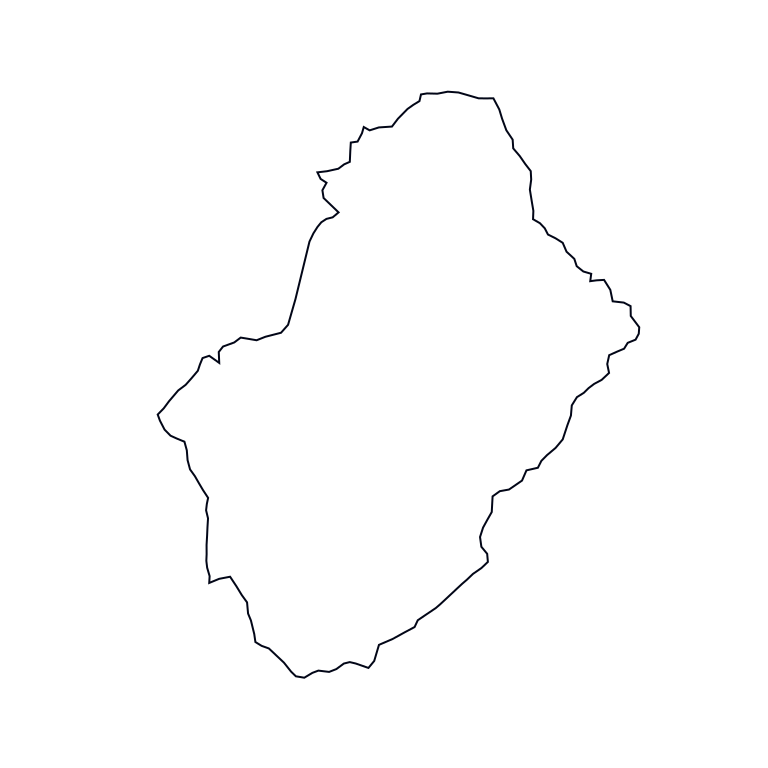 Cristais Paulista, São Paulo, Brazil (Albers equal-area conic projection), rotated 323°
{"feature_id": "56859067B55883287614463", "entity_name": "Cristais Paulista", "entity_type": "district", "adm_level": 2, "iso_a3": "BRA", "parent_name": "Brazil", "parent_adm1": "São Paulo", "projection": "albers", "projection_center": [-47.398, -20.367], "detail": "fine", "context": "isolated", "style": "outline", "palette": "ink", "viewbox_px": 768, "rotation_deg": 323, "n_neighbors": 0, "source": "geoboundaries", "source_scale": "gbopen_adm2", "svg_char_len": 2398}
<svg xmlns="http://www.w3.org/2000/svg" viewBox="0 0 768 768"><g transform="rotate(323 384 384)"><path d="M643.3,221.7L636.7,216.8L631.5,212.8L624.7,203.7L618.9,196.0L610.8,188.9L601.4,184.3L593.2,177.8L587.8,175.0L582.6,179.4L575.4,178.7L568.3,178.5L562.4,179.4L554.9,180.5L545.3,183.2L534.3,176.0L525.2,172.8L522.5,166.6L517.3,170.5L508.8,174.5L502.8,171.2L497.5,177.4L490.4,186.0L484.4,184.6L477.1,184.6L466.6,179.8L458.2,174.9L456.8,182.1L459.2,188.7L451.4,192.2L447.7,199.1L451.0,219.6L443.3,220.0L437.4,217.5L431.3,217.1L425.5,218.5L418.3,221.2L410.2,225.4L364.4,262.9L343.0,279.0L332.6,281.1L317.7,274.9L308.6,272.4L301.8,265.2L297.5,260.7L289.4,260.7L278.0,257.2L271.3,259.0L265.1,268.0L261.4,256.3L254.7,254.1L248.8,257.6L243.3,261.4L233.6,263.6L225.1,265.3L215.8,265.3L201.9,268.4L193.4,270.9L184.9,272.2L183.0,278.4L181.3,288.4L182.4,296.8L185.6,302.7L189.9,310.0L186.6,318.3L181.3,326.6L177.7,335.5L177.5,343.8L176.5,351.8L175.6,359.8L175.0,369.1L170.3,373.2L165.9,377.8L162.6,385.4L156.7,392.3L151.5,398.6L145.4,405.8L139.9,413.2L135.7,418.3L132.2,424.3L129.1,432.5L124.7,437.7L135.1,440.4L145.1,445.3L144.4,456.7L143.4,466.9L143.2,476.0L137.3,485.5L135.4,492.8L129.9,505.6L126.0,512.7L128.7,519.5L132.9,525.9L134.8,537.0L136.4,546.3L136.7,557.8L137.7,564.4L143.6,570.6L153.0,571.6L159.1,573.4L166.9,580.9L174.4,583.0L183.7,583.1L189.3,585.5L193.2,590.2L200.7,601.4L209.5,599.3L223.0,589.3L237.3,592.8L251.3,594.8L262.2,596.5L268.8,593.0L277.2,593.4L290.5,594.1L296.7,593.7L319.3,591.3L326.1,590.6L332.3,590.2L340.8,589.2L351.1,589.6L359.9,588.6L364.2,581.7L363.8,572.6L368.6,564.0L376.7,558.3L384.9,554.6L393.0,551.1L403.1,539.1L412.0,539.3L420.3,543.5L436.1,544.2L445.8,538.7L456.5,543.5L463.4,540.1L471.4,538.9L482.6,538.3L493.4,535.8L505.8,527.2L514.3,521.7L521.1,514.1L530.2,510.6L538.3,511.3L545.0,510.4L552.0,510.4L560.3,511.7L570.4,510.6L574.3,502.4L581.2,496.5L589.9,498.5L597.0,500.3L603.4,497.8L611.6,500.0L617.7,497.2L622.0,492.3L622.0,478.2L627.8,470.2L624.5,463.3L616.4,455.6L621.4,445.0L622.4,433.3L616.1,429.1L610.6,426.0L615.8,420.7L610.9,414.1L608.8,405.9L611.3,398.6L609.4,388.2L611.7,378.8L608.7,370.9L604.9,363.3L606.1,356.4L605.3,349.4L602.2,342.1L607.5,335.6L611.7,327.5L617.5,316.5L624.6,309.3L629.3,302.3L629.2,293.3L629.6,283.7L629.0,273.6L633.8,266.3L634.4,255.0L638.0,243.1L641.3,234.1L643.3,221.7Z" fill="none" stroke="#020617" stroke-width="2"/></g></svg>